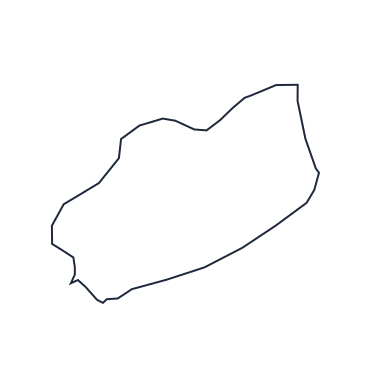 map outline of Vrapcište (Robinson projection), rotated 136°
{"feature_id": "MKD-2959", "entity_name": "Vrapcište", "entity_type": "Statistical Region", "adm_level": 1, "iso_a3": "MKD", "parent_name": "North Macedonia", "parent_adm1": "", "projection": "robinson", "projection_center": [20.847, 41.862], "detail": "fine", "context": "isolated", "style": "outline", "palette": "slate", "viewbox_px": 384, "rotation_deg": 136, "n_neighbors": 0, "source": "natural_earth", "source_scale": "10m", "svg_char_len": 637}
<svg xmlns="http://www.w3.org/2000/svg" viewBox="0 0 384 384"><g transform="rotate(136 192 192)"><path d="M41.5,195.7L52.7,184.3L73.4,151.6L86.6,122.9L87.3,117.6L102.7,108.5L117.1,104.6L155.3,109.7L194.5,116.9L235.3,129.1L271.1,146.5L302.8,163.9L319.4,167.0L327.8,174.1L333.0,174.1L335.2,180.2L334.5,197.6L335.2,207.9L342.5,210.5L333.6,214.0L328.7,219.1L322.8,227.3L326.1,241.6L328.7,251.8L316.2,265.1L292.8,272.3L252.8,263.1L221.1,267.1L206.2,279.4L183.6,276.3L162.0,265.1L154.5,254.9L146.9,235.4L138.7,226.2L121.9,224.2L104.5,224.2L88.7,223.2L83.4,220.8L57.2,210.5L41.5,195.7Z" fill="none" stroke="#1e293b" stroke-width="2"/></g></svg>